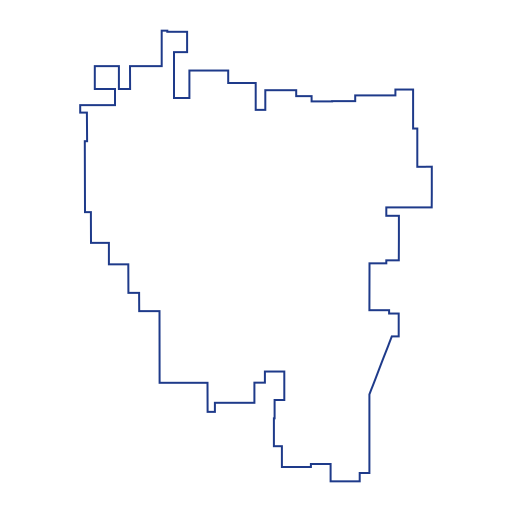 Mount Magnet, Western Australia, Australia (Equal Earth projection)
{"feature_id": "25037944B8385607479474", "entity_name": "Mount Magnet", "entity_type": "district", "adm_level": 2, "iso_a3": "AUS", "parent_name": "Australia", "parent_adm1": "Western Australia", "projection": "equal_earth", "projection_center": [117.985, -28.291], "detail": "fine", "context": "isolated", "style": "outline", "palette": "blue", "viewbox_px": 512, "rotation_deg": 0, "n_neighbors": 0, "source": "geoboundaries", "source_scale": "gbopen_adm2", "svg_char_len": 1916}
<svg xmlns="http://www.w3.org/2000/svg" viewBox="0 0 512 512"><path d="M108.3,66.1L94.8,66.1L94.8,89.0L115.0,89.0L115.0,105.1L80.2,105.1L80.2,112.6L86.9,112.6L87.1,141.2L84.8,141.2L85.0,212.1L90.9,212.1L90.9,217.4L91.0,242.9L99.5,242.9L108.9,242.9L108.9,264.3L128.3,264.3L128.4,292.9L129.0,292.9L139.1,292.9L139.2,311.1L159.5,311.1L159.6,382.8L207.5,382.8L207.6,411.9L214.9,411.9L214.9,402.8L227.0,402.8L232.2,402.8L238.3,402.8L244.3,402.8L250.3,402.8L254.4,402.8L254.4,382.7L264.9,382.7L264.9,371.5L284.3,371.5L284.3,400.0L274.6,400.0L274.6,418.3L273.9,418.3L273.9,446.2L281.9,446.2L281.9,458.5L281.9,467.0L293.1,467.0L296.2,467.0L310.9,467.0L310.9,464.0L330.6,464.0L330.6,481.3L359.7,481.3L359.7,473.0L369.4,473.0L369.4,442.3L369.4,439.6L369.4,421.8L369.4,408.1L369.4,394.4L371.3,389.4L372.8,385.7L375.2,379.5L379.0,369.5L381.9,361.9L383.8,357.0L388.1,346.1L389.1,343.4L391.8,336.4L398.7,336.4L398.7,313.5L389.1,313.5L389.1,310.2L369.4,310.2L369.5,272.1L369.5,263.3L386.3,263.3L386.3,260.3L398.8,260.3L398.9,238.4L398.9,235.6L398.9,226.0L398.9,215.8L386.3,215.8L386.3,207.4L431.7,207.4L431.8,194.6L431.8,166.7L422.9,166.8L417.3,166.8L417.3,128.5L413.1,128.5L413.1,95.2L413.1,89.5L405.7,89.5L395.4,89.5L395.4,95.4L382.2,95.4L363.6,95.4L355.2,95.4L355.2,101.1L332.1,101.1L332.1,101.4L313.3,101.4L311.6,101.4L311.6,100.2L311.6,96.1L304.3,96.1L296.2,96.1L296.2,90.2L291.3,90.2L290.2,90.2L265.3,90.2L265.3,109.9L255.7,109.9L255.7,92.9L255.7,87.7L255.7,83.0L243.8,83.0L228.2,83.0L228.2,70.5L220.4,70.5L219.5,70.5L212.5,70.5L203.6,70.5L200.1,70.5L189.4,70.5L189.4,98.0L174.0,98.0L174.0,52.1L176.4,52.1L179.9,52.1L187.1,52.1L187.1,50.9L187.1,50.0L187.1,31.8L167.3,31.8L167.3,30.7L161.7,30.7L161.7,51.4L161.7,52.2L161.7,66.1L157.4,66.1L151.9,66.1L149.8,66.1L145.4,66.1L141.0,66.1L137.8,66.1L134.5,66.1L130.0,66.1L130.1,89.0L118.9,89.0L118.9,66.1L109.2,66.1L108.3,66.1Z" fill="none" stroke="#1e3a8a" stroke-width="2"/></svg>